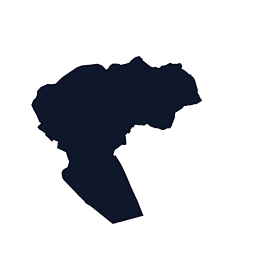 Tenejapa, Chiapas, Mexico (orthographic projection), rotated 57°
{"feature_id": "50627088B11943504211308", "entity_name": "Tenejapa", "entity_type": "district", "adm_level": 2, "iso_a3": "MEX", "parent_name": "Mexico", "parent_adm1": "Chiapas", "projection": "orthographic", "projection_center": [-92.464, 16.848], "detail": "fine", "context": "isolated", "style": "filled", "palette": "ink", "viewbox_px": 256, "rotation_deg": 57, "n_neighbors": 0, "source": "geoboundaries", "source_scale": "gbopen_adm2", "svg_char_len": 5450}
<svg xmlns="http://www.w3.org/2000/svg" viewBox="0 0 256 256"><g transform="rotate(57 128 128)"><path d="M172.3,201.4L199.6,192.4L200.5,189.6L201.2,187.2L201.4,186.5L202.3,184.1L202.8,182.5L203.6,180.1L203.8,179.3L204.3,177.7L205.1,175.3L207.2,168.8L207.4,168.0L208.0,166.3L208.4,164.9L209.0,163.3L207.5,163.1L194.8,160.5L178.9,158.2L166.9,156.0L158.6,154.8L156.1,154.5L153.4,154.3L144.8,154.1L143.7,155.9L143.4,156.3L140.9,154.4L138.4,151.0L138.5,148.3L137.9,142.1L140.1,139.3L139.9,138.6L139.3,138.2L138.7,137.9L138.0,137.6L137.4,137.2L137.2,137.1L136.5,136.7L136.4,136.7L135.7,136.3L135.5,136.2L134.8,135.9L134.6,135.8L134.4,135.7L133.6,135.2L133.1,135.3L132.0,134.7L131.5,132.5L131.3,131.7L131.2,131.6L130.9,131.4L131.0,131.0L131.0,130.9L131.1,130.7L132.2,130.1L132.3,130.0L132.3,129.9L131.8,128.4L131.7,128.3L130.9,128.2L130.4,128.1L130.7,127.6L130.3,127.2L130.2,127.1L129.8,126.8L129.7,126.8L129.6,126.7L129.5,126.0L129.6,125.9L129.5,125.7L129.4,125.4L129.2,124.9L129.1,124.6L129.1,124.2L129.1,123.9L128.9,123.5L128.9,123.3L129.0,123.1L129.5,122.7L128.9,122.4L128.5,120.7L128.5,120.0L128.6,119.6L131.6,116.1L131.8,116.0L132.0,114.1L132.0,113.8L133.3,113.9L133.7,113.3L134.1,112.1L134.2,110.9L133.7,110.0L133.6,109.0L134.1,109.1L134.5,108.8L135.2,108.7L135.5,108.5L136.0,108.4L136.4,108.3L136.7,108.3L138.4,107.8L139.0,107.3L139.6,106.9L139.8,106.7L140.2,106.5L140.5,106.1L140.8,105.9L141.0,105.7L141.6,105.4L142.3,104.9L142.5,104.5L142.6,104.2L143.8,102.9L144.5,102.2L145.2,101.7L145.7,101.3L146.3,100.9L147.1,100.5L147.6,100.1L147.9,99.7L148.1,99.3L148.5,98.5L148.6,98.1L148.7,97.7L148.7,97.2L148.7,96.9L148.9,95.4L149.0,94.8L149.4,94.1L149.7,93.8L149.8,93.7L150.0,93.5L150.1,93.3L150.2,93.0L150.3,92.6L150.1,92.2L149.9,91.8L149.7,91.5L149.7,91.3L149.5,90.7L149.2,90.2L148.9,89.9L148.0,88.9L147.8,88.7L147.6,88.3L147.1,87.6L147.0,87.3L146.4,86.6L146.0,86.2L145.0,84.5L144.7,84.2L144.3,83.7L143.4,82.8L143.2,82.7L142.7,82.6L142.1,82.2L141.5,81.4L141.2,81.2L140.5,80.9L140.2,80.0L140.4,74.4L140.2,73.6L140.5,72.6L140.0,71.8L140.1,71.1L139.3,69.2L139.9,67.6L140.9,66.1L140.7,64.6L142.1,63.5L143.0,61.3L143.3,59.1L144.2,58.3L144.6,56.5L144.7,51.6L141.1,51.8L139.5,51.2L137.1,51.3L133.9,50.1L134.0,49.4L130.9,48.6L124.4,46.5L120.9,46.3L119.4,47.2L119.3,47.3L117.7,46.8L117.3,47.5L117.1,48.2L116.2,48.3L115.9,48.4L114.9,48.6L114.5,48.7L114.1,48.7L113.8,48.8L113.6,48.9L112.2,49.3L111.5,49.6L111.1,49.7L110.8,49.8L110.4,49.9L110.2,50.0L109.8,50.2L109.8,50.4L109.7,50.5L109.3,50.7L109.1,50.8L108.9,50.9L108.6,51.0L107.8,51.3L107.6,51.4L107.2,51.5L106.7,51.4L106.4,51.1L106.1,50.7L105.8,50.0L105.6,49.8L104.7,49.3L104.0,49.4L102.6,49.4L102.5,49.6L102.4,49.7L102.4,49.9L102.4,50.2L102.4,50.4L102.3,50.6L101.8,51.0L101.7,51.2L101.7,51.5L101.7,52.1L101.9,52.6L102.0,52.8L101.9,53.0L101.4,53.2L101.1,53.3L100.7,53.4L100.6,53.6L100.3,54.2L100.3,54.4L100.1,54.9L99.5,55.5L99.0,56.1L98.5,56.7L98.3,56.8L97.9,56.9L97.8,57.1L97.4,57.2L97.1,57.4L96.9,57.7L96.8,58.0L97.1,58.5L97.1,58.9L96.9,59.0L96.6,59.8L96.6,60.0L96.6,60.4L96.7,60.5L96.9,60.8L96.9,61.1L96.6,61.8L96.5,62.0L96.4,62.3L96.4,62.5L96.3,62.9L96.2,63.5L96.1,64.0L96.0,64.3L95.9,64.5L95.7,64.6L95.6,64.9L95.4,65.0L95.2,65.4L95.0,65.5L95.0,65.8L94.9,66.2L95.0,66.3L95.0,66.7L95.4,67.3L95.4,68.0L95.4,68.4L95.4,68.8L95.3,69.1L95.1,69.5L94.9,70.0L94.7,70.3L94.4,70.8L94.1,71.0L93.7,71.1L93.2,71.4L93.0,71.7L92.7,71.8L92.4,72.0L92.1,72.3L92.1,72.8L92.1,73.1L91.9,73.3L91.8,73.8L91.5,74.3L91.1,74.4L90.5,75.6L85.5,77.5L82.7,78.4L78.9,79.8L78.1,79.0L77.7,79.2L77.4,79.3L76.4,79.5L74.5,79.8L73.5,82.7L73.4,83.2L73.3,84.9L73.9,89.6L74.8,90.8L73.6,95.1L73.3,96.1L73.1,96.3L73.0,96.6L72.9,97.0L72.4,98.6L71.9,99.7L71.8,100.0L71.6,100.4L71.3,100.6L71.2,100.6L70.6,100.8L70.3,101.0L70.2,101.1L69.9,101.2L69.9,101.3L69.7,101.4L69.7,101.5L69.6,101.8L69.1,102.3L68.3,103.0L68.3,103.3L68.1,103.6L67.1,104.8L66.5,105.7L66.4,106.7L66.5,108.6L66.5,109.0L66.7,109.5L67.1,110.3L67.3,110.5L67.7,110.9L67.8,111.2L67.8,111.7L67.9,112.6L68.1,113.7L68.4,115.0L67.6,115.2L64.9,115.8L62.9,116.1L61.7,116.4L58.2,118.9L54.5,126.5L53.1,129.0L51.2,132.8L50.0,137.7L50.3,154.2L50.4,155.3L50.4,155.7L51.1,159.7L52.2,164.7L50.4,168.5L47.9,172.0L47.6,174.4L47.1,177.8L47.1,178.2L47.0,178.4L47.0,178.9L47.0,179.3L47.9,182.4L48.0,182.8L48.1,183.0L48.2,183.3L48.3,183.4L48.3,183.9L49.4,184.2L49.5,184.2L51.6,186.5L53.1,188.3L53.8,192.0L56.5,195.9L62.1,196.7L65.6,196.8L66.9,196.9L72.0,197.8L74.2,198.3L77.3,197.3L78.4,202.7L79.6,202.6L80.0,202.6L80.4,202.5L80.6,202.5L80.9,202.2L81.3,202.1L82.0,201.8L82.3,201.6L82.6,201.5L82.9,201.3L83.3,201.1L84.2,200.7L84.5,200.6L85.0,200.4L85.4,200.3L85.8,200.2L87.6,199.6L88.6,199.2L89.0,200.5L90.2,200.2L90.6,200.1L91.2,200.0L92.1,199.7L93.5,199.2L94.5,199.2L95.5,199.0L96.4,198.8L97.2,198.6L97.1,198.4L96.8,197.8L96.1,196.9L96.4,196.6L99.1,194.8L101.5,193.0L102.3,193.2L102.5,193.8L102.7,194.0L102.8,194.5L104.2,195.5L105.5,196.6L106.1,197.6L114.4,192.4L121.8,194.5L124.5,194.7L124.5,194.9L125.4,196.1L125.9,196.4L126.0,196.7L126.3,196.9L126.6,197.3L126.8,197.6L127.1,197.8L127.3,198.2L127.5,198.4L127.8,198.7L128.4,199.3L128.7,199.7L128.7,200.0L128.6,200.6L128.6,200.9L128.6,201.0L128.4,202.4L128.4,204.7L128.5,205.2L128.6,205.6L128.9,206.2L129.4,206.8L129.7,207.2L129.9,207.4L130.1,207.6L130.8,207.9L131.3,208.3L131.5,208.4L132.0,208.5L134.9,209.7L139.2,209.0L150.8,206.8L159.3,205.2L165.2,203.8L167.9,203.7L171.9,201.7L172.3,201.4Z" fill="#0f172a" stroke="#020617" stroke-width="1.5"/></g></svg>